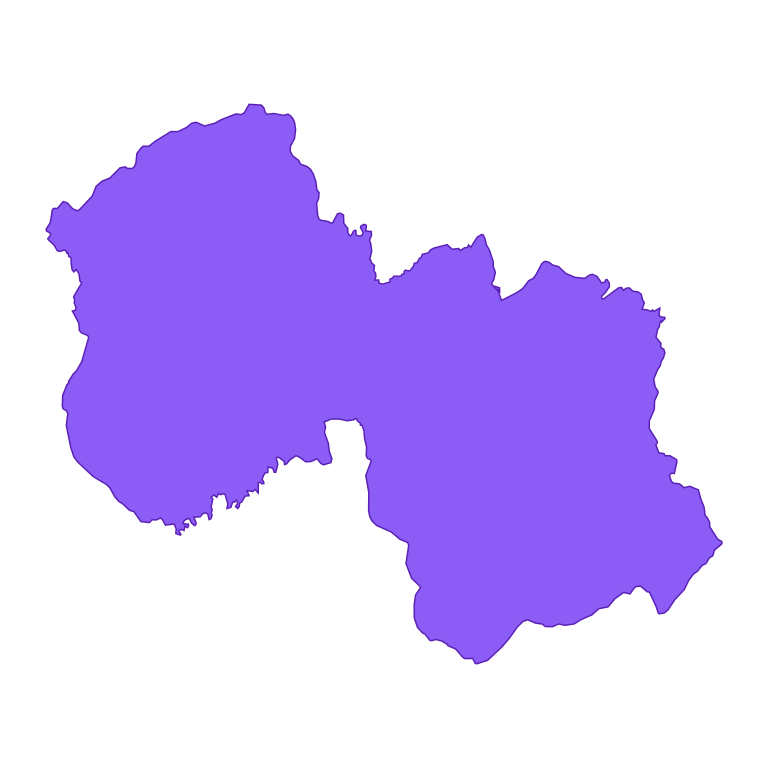 the district of El Peñón, Santander, Colombia
{"feature_id": "7082276B75718828984625", "entity_name": "El Peñón", "entity_type": "district", "adm_level": 2, "iso_a3": "COL", "parent_name": "Colombia", "parent_adm1": "Santander", "projection": "equal_earth", "projection_center": [-73.929, 6.097], "detail": "fine", "context": "isolated", "style": "filled", "palette": "violet", "viewbox_px": 768, "rotation_deg": 0, "n_neighbors": 0, "source": "geoboundaries", "source_scale": "gbopen_adm2", "svg_char_len": 6057}
<svg xmlns="http://www.w3.org/2000/svg" viewBox="0 0 768 768"><path d="M52.4,209.6L50.3,222.5L46.1,229.3L46.5,231.0L50.6,233.3L50.2,235.9L47.9,238.3L48.1,239.5L54.1,245.1L57.3,250.7L60.0,251.4L64.6,250.0L66.2,251.2L66.8,253.1L68.0,253.0L68.7,256.4L71.3,258.0L71.0,261.8L72.1,269.8L73.9,271.9L76.4,269.5L78.9,273.7L80.0,281.2L81.7,282.9L73.6,296.8L74.7,300.1L74.2,302.6L76.1,308.0L75.0,310.5L72.4,311.0L78.9,323.4L79.3,330.3L81.5,332.9L87.6,335.4L88.7,337.4L81.8,361.6L76.6,370.5L73.2,374.1L68.5,381.5L68.9,382.6L66.8,385.0L62.7,395.4L62.3,406.2L63.4,409.1L66.3,410.6L67.8,413.6L66.3,425.5L70.8,447.6L73.9,456.9L77.8,462.1L93.3,476.6L106.8,484.7L110.1,488.2L114.9,497.0L118.9,501.5L122.8,503.9L129.6,510.4L133.9,511.6L140.9,521.6L149.3,522.6L152.1,519.8L156.4,519.9L160.3,518.1L162.2,519.3L165.4,525.1L174.1,524.0L176.2,528.8L175.8,533.5L180.2,535.1L180.9,534.3L179.1,531.6L179.1,530.2L182.1,529.6L184.0,530.5L185.0,526.1L187.2,527.7L188.4,526.7L188.5,524.2L183.1,523.6L183.8,521.2L185.7,519.5L189.2,518.4L191.6,523.1L194.5,525.6L195.6,525.0L196.2,523.2L193.9,517.2L200.2,516.8L202.7,513.7L205.8,512.9L207.8,514.0L209.1,519.6L211.1,518.6L212.0,515.4L211.3,512.6L212.2,510.1L211.1,506.8L212.8,499.1L211.1,497.5L213.8,495.0L216.8,497.2L218.8,493.4L220.6,494.7L223.2,493.8L225.1,494.5L227.8,504.0L227.0,508.5L230.9,507.3L232.7,502.0L234.6,502.1L235.8,500.3L236.8,500.3L237.5,503.8L235.5,506.5L237.8,508.5L239.2,506.6L239.7,503.1L242.0,501.7L245.0,496.1L249.1,495.7L246.9,490.6L252.8,491.5L255.2,489.5L258.2,493.0L258.4,482.7L260.1,482.2L261.9,483.8L263.8,483.6L263.7,482.0L262.0,479.1L264.7,473.1L267.8,472.5L268.0,467.0L272.8,468.3L274.2,472.2L275.7,472.4L277.8,464.2L276.3,458.4L277.1,457.2L279.2,457.6L284.2,461.4L284.6,464.6L286.6,463.9L289.5,460.2L295.9,455.7L299.4,457.1L305.8,461.8L310.7,461.6L316.3,459.1L317.6,459.3L320.7,463.3L323.3,464.8L330.8,462.7L331.9,458.9L329.2,451.0L328.4,443.6L324.4,432.3L325.6,427.1L324.1,422.0L331.4,419.0L339.5,419.1L347.0,420.8L354.2,419.7L356.0,418.3L357.7,421.2L360.2,423.1L360.4,425.2L362.0,425.2L364.0,430.9L364.5,438.0L366.6,447.4L366.2,455.6L367.4,458.4L370.5,459.7L371.2,461.0L365.8,475.6L368.8,492.5L368.6,510.7L369.8,516.7L372.0,521.0L376.7,525.5L391.0,531.8L400.1,539.4L407.7,542.5L408.7,545.4L406.0,563.5L411.6,578.3L420.1,586.4L420.4,587.7L415.6,595.0L414.2,604.7L414.3,617.8L417.5,627.4L422.5,632.9L425.1,634.1L429.7,640.2L431.5,640.7L435.9,639.5L441.5,640.9L447.2,644.3L447.9,645.7L455.5,648.9L463.1,657.6L465.0,658.6L472.7,658.5L475.3,663.5L477.1,663.7L487.6,660.3L501.8,647.0L509.3,638.3L517.3,627.0L523.3,621.2L527.8,619.9L535.8,623.2L542.1,624.0L545.3,626.5L552.5,626.7L558.6,624.0L565.2,625.3L574.3,623.9L581.0,619.6L592.0,614.8L598.8,608.7L608.0,606.9L615.1,598.6L623.6,592.5L630.0,593.9L634.3,587.9L636.3,586.5L640.6,586.2L647.1,591.7L649.5,592.2L656.1,606.4L658.1,612.7L659.1,613.8L664.3,613.0L667.9,610.0L675.0,599.4L684.3,589.6L688.7,580.3L693.7,573.8L697.1,571.5L702.6,565.0L705.9,563.6L709.4,557.8L712.8,555.8L714.4,550.2L721.9,543.8L721.9,541.6L717.6,539.1L709.7,526.7L709.6,522.4L707.4,517.8L705.1,515.4L704.1,507.3L700.8,498.9L698.4,489.9L689.7,486.3L684.1,487.7L679.6,483.9L673.2,483.1L671.5,481.4L669.3,475.5L671.5,473.1L674.3,473.5L676.9,461.9L676.6,459.6L669.8,455.7L665.2,455.8L664.0,453.6L658.9,452.8L655.8,444.7L657.3,442.8L657.0,441.0L649.2,428.4L649.3,421.0L654.3,409.4L654.6,400.8L658.1,393.0L657.8,390.8L655.2,387.1L653.7,379.1L657.6,369.7L660.2,365.8L661.2,361.5L663.4,357.9L664.9,352.9L663.8,349.3L660.8,347.4L660.9,343.2L656.0,337.4L657.5,329.5L659.3,326.7L659.9,322.7L661.0,321.1L661.6,322.2L665.1,318.4L664.4,317.2L662.1,317.3L659.0,315.6L659.8,308.1L653.9,311.4L652.5,309.9L651.2,311.5L646.7,309.7L642.1,309.4L644.3,302.9L642.5,299.6L641.2,294.2L638.0,291.9L632.7,291.1L629.4,287.9L626.2,288.2L623.4,290.3L621.6,287.5L618.5,287.9L603.8,298.8L602.0,298.8L601.5,297.8L601.9,296.0L605.6,292.4L609.4,286.6L609.2,282.9L607.0,279.6L605.7,279.9L604.6,282.4L601.4,282.8L597.1,276.5L592.5,274.3L589.5,275.1L584.6,278.4L574.7,277.3L565.8,273.4L558.5,266.6L552.6,265.0L549.3,262.4L546.0,261.4L544.2,261.6L541.7,263.8L536.0,274.7L533.2,278.4L528.6,280.8L522.8,288.5L516.7,292.7L501.5,300.5L498.2,291.3L496.2,289.0L498.6,289.8L498.8,288.9L499.0,292.2L499.7,292.3L499.6,287.8L494.9,286.3L494.6,287.5L492.0,284.4L491.7,283.2L493.6,280.1L495.4,272.4L493.3,266.4L493.2,261.6L489.5,250.3L486.4,244.7L484.9,238.4L483.2,234.9L481.6,234.5L477.2,237.2L470.8,247.3L468.6,244.9L467.3,247.5L464.5,247.8L460.4,250.5L458.6,248.5L452.2,249.3L447.2,244.7L433.9,248.1L430.5,249.9L428.2,252.9L422.3,254.4L421.2,257.4L419.3,258.5L417.3,262.6L414.1,263.4L413.8,265.8L409.8,271.0L405.3,270.2L404.2,271.4L403.9,273.9L402.0,274.3L400.7,276.2L393.8,276.2L392.5,278.1L389.9,279.3L390.1,281.9L382.9,284.1L379.0,283.1L378.7,280.0L374.9,280.1L375.9,276.6L375.6,273.4L373.8,270.7L374.5,265.5L371.2,262.4L370.8,260.1L369.7,259.4L371.7,251.3L370.8,243.9L369.5,240.2L371.5,235.2L371.3,231.5L365.7,231.0L366.4,226.1L365.7,224.6L363.6,224.5L360.9,226.1L360.5,227.6L363.2,232.6L361.7,235.7L358.7,236.1L355.9,234.8L356.0,230.8L355.1,230.2L353.4,231.3L351.2,235.5L350.0,235.8L347.9,233.1L347.7,228.3L343.8,223.3L343.5,215.0L340.1,213.1L337.4,213.9L332.7,222.8L331.7,223.3L327.7,221.4L320.8,220.3L318.9,218.9L317.7,215.5L316.6,203.3L318.6,198.5L319.1,192.8L316.8,189.4L315.9,181.7L313.4,174.2L310.4,169.1L306.6,166.3L300.7,164.3L298.6,160.3L292.8,156.0L290.2,151.2L290.5,146.2L294.5,138.6L295.6,129.5L294.6,122.8L293.0,118.8L290.1,115.4L287.8,114.2L283.6,115.4L274.0,113.5L266.9,114.3L265.2,112.3L263.8,107.8L261.4,105.1L249.1,104.3L244.4,112.7L241.2,114.6L236.0,113.9L221.4,119.6L214.6,123.3L204.4,126.0L196.9,122.5L194.8,122.5L191.7,123.3L186.4,127.5L178.1,131.6L170.8,131.6L155.1,141.3L149.0,146.2L142.9,146.3L140.9,148.2L136.9,153.5L135.9,163.2L134.5,166.5L132.3,168.5L127.2,168.4L125.6,166.9L120.1,167.8L109.8,178.1L102.6,180.9L99.7,183.1L96.2,186.3L92.2,196.1L79.8,209.3L77.8,210.8L74.8,209.7L72.5,208.6L67.2,202.8L63.2,201.6L57.3,208.5L53.7,208.4L52.4,209.6Z" fill="#8b5cf6" stroke="#5b21b6" stroke-width="1.5"/></svg>